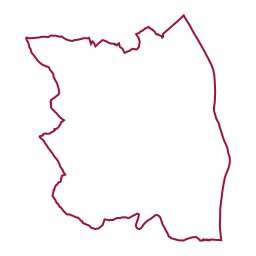 the district of Enebakk nor, Akershus, Norway
{"feature_id": "86288312B77939080811439", "entity_name": "Enebakk nor", "entity_type": "district", "adm_level": 2, "iso_a3": "NOR", "parent_name": "Norway", "parent_adm1": "Akershus", "projection": "orthographic", "projection_center": [11.051, 59.769], "detail": "fine", "context": "isolated", "style": "outline", "palette": "rose", "viewbox_px": 256, "rotation_deg": 0, "n_neighbors": 0, "source": "geoboundaries", "source_scale": "gbopen_adm2", "svg_char_len": 5551}
<svg xmlns="http://www.w3.org/2000/svg" viewBox="0 0 256 256"><path d="M86.1,38.2L84.6,38.2L82.9,38.3L81.8,38.9L80.7,39.2L80.2,39.1L79.5,39.4L78.4,39.5L76.3,40.0L75.3,40.0L74.3,40.1L73.1,40.8L72.5,40.9L71.5,40.9L67.9,40.1L64.7,38.6L62.7,37.3L61.9,36.6L61.4,36.4L61.2,36.6L60.7,36.7L59.9,36.7L57.7,36.3L56.2,35.8L55.2,35.6L52.9,35.7L52.0,35.6L50.8,35.6L48.6,36.9L48.2,37.0L45.8,36.9L44.6,36.7L42.0,36.8L40.5,37.0L38.9,37.5L30.2,38.3L28.7,38.2L26.7,37.6L26.6,37.9L26.2,38.3L27.0,40.8L27.3,41.0L27.6,41.4L28.3,42.8L29.2,46.5L29.2,46.8L29.2,47.0L30.7,49.3L30.8,50.4L31.1,51.4L31.5,52.4L32.5,54.0L33.5,54.9L37.4,60.3L38.1,60.9L39.1,62.1L41.2,63.8L41.3,64.0L43.3,65.1L45.9,66.1L46.0,66.4L46.3,66.5L46.6,66.4L47.0,66.7L47.8,66.7L48.1,67.0L49.0,67.5L49.3,68.1L49.8,69.6L51.4,71.4L52.2,72.6L53.2,73.8L53.3,74.1L53.3,74.4L53.5,75.5L53.5,76.6L53.6,77.1L54.4,78.1L54.5,78.9L55.4,80.3L55.8,81.3L57.2,83.6L57.3,84.1L57.5,85.0L58.3,87.6L58.7,89.0L58.8,90.5L59.2,92.5L59.1,93.3L58.8,94.0L58.5,94.3L58.3,94.4L58.1,94.8L57.7,95.3L56.0,96.4L55.2,97.2L52.5,98.9L51.8,99.6L51.0,100.0L50.9,100.8L50.9,101.0L50.7,101.4L50.5,102.3L50.9,102.6L51.0,102.8L50.8,103.6L51.0,103.9L50.9,104.1L50.8,104.4L51.1,105.2L51.0,106.6L51.1,107.4L52.2,109.1L55.4,112.2L56.3,113.0L56.9,113.8L58.1,115.1L59.2,116.6L61.0,118.2L64.0,120.2L62.7,121.3L61.2,122.2L61.0,122.4L60.8,123.3L60.1,124.8L59.7,125.1L59.3,126.0L58.7,126.9L57.7,127.9L57.0,128.6L54.4,129.1L54.4,129.7L54.8,130.2L54.6,130.6L53.8,130.9L52.8,131.8L51.3,132.3L50.8,132.7L50.7,132.9L50.4,133.2L49.7,133.5L48.2,133.8L47.1,133.8L46.1,133.4L45.2,133.7L44.7,133.6L43.9,133.8L43.2,134.2L43.0,134.5L42.9,134.8L43.0,135.2L42.9,135.5L41.0,135.9L40.8,136.1L40.3,136.0L39.7,136.5L39.6,137.0L39.9,137.3L42.1,139.2L43.7,140.8L45.5,143.8L47.4,146.4L48.5,148.4L51.1,151.6L52.7,153.6L53.1,154.6L55.8,158.3L56.4,158.8L57.8,160.9L59.5,164.1L60.3,166.7L62.0,169.2L62.7,169.9L62.8,171.0L65.2,174.6L64.0,175.3L62.9,175.2L62.7,175.4L62.7,175.5L62.4,175.7L61.9,175.8L61.6,176.4L61.6,177.1L61.4,177.7L61.5,178.2L61.1,178.5L61.1,179.4L60.8,180.0L60.8,181.0L60.7,181.4L60.5,181.7L60.4,181.9L60.2,182.1L58.5,182.4L58.1,182.9L57.9,183.4L57.4,184.0L57.2,184.5L56.6,185.0L56.0,185.2L55.5,186.1L55.0,186.7L54.3,189.7L54.2,189.9L53.9,189.9L54.0,190.1L53.8,190.4L53.8,190.6L53.6,190.8L53.6,191.2L53.3,192.6L53.1,193.4L52.6,195.0L52.6,196.1L54.0,197.9L54.1,198.3L55.3,199.7L55.8,201.5L56.5,202.3L56.9,203.2L58.1,203.9L58.3,204.2L58.4,204.9L59.4,206.3L59.5,206.6L60.0,207.1L60.9,207.4L61.3,208.1L63.1,210.4L63.7,211.4L64.1,211.5L64.4,211.8L65.2,212.6L66.3,214.0L67.9,214.6L68.8,214.3L69.8,214.5L71.8,215.5L73.4,216.0L74.6,216.7L76.4,217.4L77.1,217.6L78.0,217.6L80.0,219.6L80.9,220.7L82.3,221.5L82.3,222.1L82.8,222.5L83.0,223.1L84.1,223.6L84.9,223.7L85.4,224.1L85.8,224.2L86.0,224.4L88.6,225.3L90.5,226.9L91.5,228.0L92.0,228.2L93.5,228.4L95.3,229.0L98.6,228.4L102.6,225.1L104.6,219.4L108.8,220.0L109.3,220.4L110.7,219.8L112.9,220.1L113.9,219.4L117.3,217.9L118.3,218.1L120.6,217.9L122.3,217.3L124.3,217.3L126.1,217.4L128.5,218.1L130.1,217.4L134.1,215.2L135.0,214.9L135.2,214.7L135.3,214.5L136.3,214.2L137.2,213.6L138.2,213.9L139.0,214.6L138.3,217.9L136.1,224.2L135.9,225.5L136.3,227.0L137.0,228.0L137.8,228.7L138.2,228.9L139.4,229.0L140.6,228.4L141.7,227.4L143.7,224.4L146.3,221.7L147.9,220.5L150.6,218.9L155.4,215.2L156.2,215.0L157.3,215.1L158.8,215.9L160.0,217.1L160.5,218.1L162.8,224.9L164.9,228.3L165.0,228.8L166.5,231.6L166.5,231.9L167.1,232.5L168.4,235.3L168.7,236.5L169.2,236.6L170.4,237.4L170.8,238.1L178.6,240.3L182.1,240.4L183.2,240.6L184.7,240.1L185.8,239.3L192.0,237.4L193.9,237.1L195.3,237.2L196.2,237.0L197.9,238.3L198.1,238.4L199.3,239.5L200.1,240.6L201.6,240.6L202.2,240.3L202.5,240.0L203.2,240.5L203.6,240.4L203.6,240.0L204.0,239.8L204.0,239.6L204.5,239.9L205.1,239.7L206.1,240.0L206.4,239.8L206.5,240.1L207.2,240.1L207.5,239.7L207.8,239.7L208.0,239.8L208.0,240.2L208.1,240.3L208.6,239.9L209.1,239.9L209.6,240.3L210.4,239.8L210.7,239.8L210.9,239.5L221.2,240.2L221.0,237.8L220.1,229.9L219.9,227.2L219.9,224.2L220.1,218.8L220.2,210.6L220.4,206.9L220.8,204.2L221.0,201.6L221.4,199.4L221.8,196.0L222.0,194.7L222.4,191.1L223.7,183.4L224.2,181.1L224.6,178.6L225.6,175.3L228.5,168.2L229.5,164.2L229.8,162.3L229.8,159.2L229.7,157.5L228.8,154.6L228.3,153.4L227.5,148.6L227.2,147.7L226.2,145.0L224.5,141.5L223.0,137.5L219.3,125.5L218.6,122.8L217.3,120.8L216.3,118.6L214.2,111.6L214.0,110.3L213.9,107.1L214.5,104.2L214.8,101.4L215.2,92.8L214.8,82.2L214.3,75.4L214.1,74.2L213.2,69.7L211.2,64.3L210.5,63.1L208.2,58.4L206.3,55.0L204.9,52.1L198.5,40.8L193.0,31.5L189.9,25.7L184.7,17.3L183.7,15.4L179.9,19.2L163.4,33.6L163.0,34.1L163.0,35.1L162.8,35.5L163.1,36.1L163.2,36.4L162.4,37.6L162.1,37.6L161.9,37.0L161.3,36.0L159.0,35.1L158.2,34.6L157.9,34.3L157.4,34.2L157.0,34.5L156.3,34.2L156.2,33.9L155.7,33.6L155.4,32.9L155.1,32.5L154.9,32.0L154.0,31.1L152.7,30.1L151.9,29.2L151.4,29.1L150.0,28.3L149.8,27.8L149.4,27.8L148.4,26.9L146.5,28.1L145.2,28.4L144.7,28.9L142.5,30.7L140.5,31.5L139.8,32.2L139.1,33.1L137.1,33.6L136.1,34.2L138.6,37.9L139.7,41.6L138.9,46.9L137.1,49.2L135.9,49.5L135.7,49.3L134.5,49.1L134.1,49.2L132.7,48.7L131.6,49.3L129.2,51.0L128.1,51.2L124.7,52.9L124.4,52.8L122.5,48.7L119.8,46.8L119.0,43.3L118.4,43.6L118.4,43.8L118.0,44.4L117.5,44.6L117.4,44.8L116.9,44.9L116.8,45.3L116.5,45.2L115.8,44.4L115.0,44.5L115.0,44.1L112.8,43.6L110.8,43.6L108.9,42.8L106.2,41.3L103.5,40.3L102.3,40.2L100.9,41.5L99.4,42.6L95.5,46.4L93.8,42.7L92.4,41.4L91.0,44.0L89.5,39.1L89.0,37.8L88.5,38.1L87.7,38.4L86.1,38.2Z" fill="none" stroke="#9f1239" stroke-width="2"/></svg>